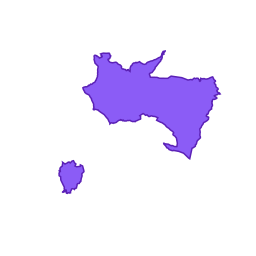 Ayahualulco, Veracruz, Mexico, rotated 124°
{"feature_id": "50627088B50190092788877", "entity_name": "Ayahualulco", "entity_type": "district", "adm_level": 2, "iso_a3": "MEX", "parent_name": "Mexico", "parent_adm1": "Veracruz", "projection": "natural_earth1", "projection_center": [-97.172, 19.399], "detail": "fine", "context": "isolated", "style": "filled", "palette": "violet", "viewbox_px": 256, "rotation_deg": 124, "n_neighbors": 0, "source": "geoboundaries", "source_scale": "gbopen_adm2", "svg_char_len": 5759}
<svg xmlns="http://www.w3.org/2000/svg" viewBox="0 0 256 256"><g transform="rotate(124 128 128)"><path d="M119.9,187.9L121.0,186.6L122.2,184.2L122.7,183.6L122.7,182.7L122.9,182.0L122.4,179.0L122.7,178.0L123.4,176.8L124.2,174.6L124.5,174.5L125.3,173.5L127.1,170.3L128.0,169.4L128.8,169.0L129.9,167.8L131.1,167.6L132.0,167.2L132.1,166.9L131.9,166.3L131.2,166.6L129.9,163.2L130.0,163.2L130.2,159.7L130.2,155.2L131.5,151.2L131.5,150.4L131.7,150.2L131.8,149.7L133.3,147.3L133.8,146.0L134.7,145.3L133.3,144.9L132.8,144.5L132.4,142.9L132.0,142.9L131.6,142.5L131.5,142.1L130.9,141.6L129.8,140.8L128.4,140.5L126.7,139.8L126.1,139.2L125.3,138.7L125.5,138.1L125.1,137.9L125.0,138.1L124.7,137.4L124.7,137.0L125.0,136.7L124.9,136.2L124.1,136.0L124.3,135.6L124.2,134.9L123.0,133.2L122.1,132.7L121.8,132.1L120.5,130.5L120.6,129.8L120.1,127.7L118.9,126.3L118.9,125.9L118.5,125.4L117.7,125.4L116.3,124.3L115.1,123.8L114.9,123.5L113.6,122.6L113.2,122.7L112.0,123.7L111.5,123.9L111.2,125.1L107.6,123.6L107.5,121.8L107.7,120.8L107.6,120.4L106.6,119.7L106.5,119.2L106.8,118.0L106.8,117.0L106.0,116.2L105.6,116.1L104.8,115.4L104.3,113.7L103.3,111.9L102.8,109.0L105.6,108.6L105.0,104.2L104.6,102.8L104.6,101.9L104.7,99.2L104.9,98.2L105.3,97.4L105.5,96.0L105.4,94.1L105.9,91.6L105.9,88.9L106.2,88.2L106.3,87.6L107.0,87.3L107.9,87.4L108.4,86.8L108.6,86.3L108.5,84.8L109.2,82.3L113.1,78.5L116.1,77.1L117.3,79.0L117.5,79.7L117.6,81.0L118.0,81.9L118.5,82.2L118.7,83.3L118.8,85.4L120.7,89.0L120.3,90.3L121.3,89.2L121.8,86.7L122.7,84.7L122.4,83.8L122.5,82.8L122.9,81.9L122.1,78.7L121.5,77.9L121.1,77.7L119.0,72.9L117.8,67.8L119.0,61.0L119.0,59.6L109.0,63.6L108.1,63.0L105.6,62.0L105.1,62.1L104.4,62.7L103.3,62.4L102.1,62.7L101.0,63.2L99.8,63.4L95.7,62.5L94.9,63.0L93.7,64.6L93.1,64.7L92.8,65.0L91.1,65.8L88.9,67.8L88.2,68.0L86.8,67.7L84.4,68.2L84.1,68.0L82.4,68.0L82.0,68.3L80.7,68.1L80.1,67.6L77.5,66.5L75.8,66.2L74.0,67.1L74.0,68.0L74.3,68.4L74.3,69.1L74.5,69.4L74.3,69.7L73.9,69.6L73.6,70.1L72.5,70.3L72.0,69.6L71.2,69.6L69.4,70.2L68.6,70.3L66.4,69.8L65.5,69.3L65.2,69.5L64.9,69.9L63.4,70.5L62.4,70.4L61.1,71.4L60.9,71.7L61.0,72.0L60.5,72.4L60.3,72.4L59.3,73.2L59.1,72.9L57.9,73.6L56.7,73.5L55.8,72.2L54.2,71.2L53.7,71.0L53.1,71.6L53.3,73.0L53.1,74.4L52.2,74.1L51.5,73.4L50.9,73.2L50.6,72.7L49.4,72.3L48.8,71.7L48.7,71.0L48.3,70.7L48.2,71.2L48.0,71.3L47.8,71.8L48.2,72.8L48.1,73.1L48.2,73.8L47.9,74.2L47.5,75.2L46.6,75.3L46.3,75.0L45.3,75.0L44.8,75.8L44.8,77.6L44.4,78.4L42.9,79.7L42.9,80.9L42.0,81.9L40.4,81.6L39.9,82.1L39.9,83.3L39.6,84.2L38.9,85.1L38.8,85.6L38.3,86.2L38.4,86.6L40.5,88.1L41.6,88.6L43.1,89.8L43.7,90.5L44.3,91.6L44.5,92.7L45.1,93.0L45.6,93.6L45.6,94.1L46.1,94.7L46.1,95.4L47.4,94.9L48.1,94.3L49.1,94.5L49.1,95.0L48.3,95.6L48.1,95.9L48.1,96.7L47.6,97.4L47.8,98.1L48.1,98.3L48.3,98.9L49.3,99.6L49.6,101.0L52.3,101.8L52.5,102.9L54.7,105.1L55.8,110.0L56.2,111.6L60.9,121.3L64.6,122.8L69.1,129.6L69.8,132.3L73.4,137.8L71.5,140.3L70.8,140.6L69.8,140.1L68.6,139.1L63.7,138.8L62.3,139.4L61.5,139.1L56.8,138.8L53.8,138.4L53.1,139.0L52.0,138.6L50.2,139.2L48.8,140.3L48.3,140.4L48.1,140.1L46.9,140.0L46.6,139.6L46.2,140.1L44.8,140.4L44.0,140.4L43.8,140.1L43.4,140.3L44.9,141.7L47.8,141.4L48.6,140.9L49.9,140.7L51.1,140.8L52.6,141.9L55.5,143.2L56.7,144.3L58.6,145.3L59.6,146.4L62.7,148.6L63.7,148.9L64.8,148.9L66.1,150.0L66.5,151.1L66.8,153.9L66.8,154.6L66.5,155.4L68.8,157.0L69.2,157.5L69.1,158.1L70.1,158.6L71.1,159.8L72.6,160.1L73.4,159.9L74.4,160.0L75.1,160.3L77.5,159.6L78.7,158.6L80.0,157.9L80.0,158.8L79.6,159.0L79.7,159.8L79.4,160.4L79.9,160.9L80.4,160.7L81.3,161.4L81.4,161.8L80.9,162.6L81.1,163.1L81.6,164.0L81.5,164.6L81.9,164.9L82.2,165.9L81.7,167.2L81.2,167.4L80.6,167.8L80.2,168.9L80.1,169.9L80.6,171.8L80.2,173.0L80.1,174.4L80.4,175.1L82.6,177.3L83.5,179.4L83.5,180.5L83.2,181.1L83.0,182.1L82.3,182.9L81.9,182.9L81.1,182.1L80.1,182.1L79.3,182.5L78.8,182.3L77.8,182.7L77.9,183.2L77.3,184.0L77.0,184.8L76.8,184.7L76.5,185.5L78.3,187.9L79.7,190.3L81.4,191.8L81.9,192.1L82.0,191.4L82.5,190.7L82.7,190.2L83.0,190.5L83.4,189.5L83.8,189.7L84.0,189.5L84.4,190.0L84.7,189.9L86.0,190.9L85.6,191.7L85.7,192.5L85.6,194.0L85.8,194.1L85.6,194.5L85.8,195.1L85.9,195.6L86.4,196.3L87.2,196.4L87.8,196.0L88.8,195.0L90.1,194.5L92.8,191.4L92.8,190.6L93.2,189.4L93.2,188.2L93.8,187.0L96.6,185.8L98.0,184.8L98.5,184.2L99.3,184.1L100.6,183.0L101.7,182.6L102.5,182.0L105.3,181.5L105.8,181.2L106.6,181.4L108.1,181.1L108.9,181.3L110.3,182.1L111.8,182.4L112.4,182.9L112.5,183.5L114.4,183.9L114.6,184.1L114.7,184.6L115.4,184.5L115.8,184.8L116.4,184.9L117.2,185.6L117.3,186.0L118.8,187.4L119.9,187.9ZM206.1,158.3L206.0,156.7L208.7,154.6L211.8,149.3L212.6,147.7L213.6,147.3L214.5,146.2L215.9,146.2L216.3,146.0L217.4,146.5L217.7,146.4L217.7,146.0L216.0,144.7L215.1,145.4L214.8,145.4L214.1,144.8L214.1,144.4L214.9,143.8L215.5,143.0L216.2,143.0L216.4,142.6L216.2,141.8L215.1,141.3L214.7,140.7L214.5,139.9L214.1,139.6L213.8,139.4L213.2,140.1L211.2,140.3L210.2,140.6L209.8,140.5L209.3,140.0L209.1,139.2L208.6,138.5L208.7,138.1L208.1,138.3L207.7,138.1L207.4,137.6L206.5,137.2L205.5,137.7L204.1,138.1L203.5,138.6L202.4,138.7L201.2,137.4L199.9,137.7L199.7,137.7L199.4,137.3L198.4,137.3L198.0,137.8L197.4,137.8L196.4,138.4L193.3,139.3L192.8,140.1L192.4,140.1L191.7,140.7L188.9,140.1L187.8,141.0L184.9,144.4L185.2,146.9L186.6,146.2L188.9,149.0L189.1,150.7L188.5,150.7L187.3,151.3L187.0,151.1L186.8,151.4L186.9,152.0L186.8,152.7L185.6,154.9L186.6,155.8L187.3,156.1L189.1,156.3L189.3,156.4L189.1,157.8L189.3,158.0L189.5,157.9L190.0,158.6L190.9,158.8L193.1,160.1L193.0,163.0L193.4,162.6L196.6,161.2L197.8,161.8L199.4,161.9L201.4,160.2L201.5,161.2L201.7,161.3L202.1,161.0L202.3,160.0L203.6,160.0L204.5,159.6L204.9,159.1L205.5,158.9L206.1,158.3Z" fill="#8b5cf6" stroke="#5b21b6" stroke-width="1.5"/></g></svg>